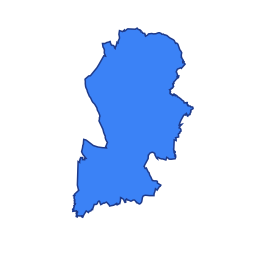 Córdoba, Veracruz, Mexico (Equal Earth projection), rotated 18°
{"feature_id": "50627088B91123516565353", "entity_name": "Córdoba", "entity_type": "district", "adm_level": 2, "iso_a3": "MEX", "parent_name": "Mexico", "parent_adm1": "Veracruz", "projection": "equal_earth", "projection_center": [-96.934, 18.924], "detail": "fine", "context": "isolated", "style": "filled", "palette": "blue", "viewbox_px": 256, "rotation_deg": 18, "n_neighbors": 0, "source": "geoboundaries", "source_scale": "gbopen_adm2", "svg_char_len": 5786}
<svg xmlns="http://www.w3.org/2000/svg" viewBox="0 0 256 256"><g transform="rotate(18 128 128)"><path d="M183.9,89.5L183.6,88.8L183.0,88.1L181.1,88.5L180.7,88.0L180.3,87.9L179.0,88.3L178.1,87.6L177.7,88.1L176.7,86.6L176.6,86.0L176.3,86.1L176.3,85.9L176.0,86.1L175.9,85.7L173.7,86.8L172.8,85.4L171.1,84.8L170.4,84.7L169.5,84.1L166.9,83.2L165.7,82.9L165.4,83.1L164.6,82.2L164.2,82.1L163.1,81.9L162.9,82.6L162.2,81.8L161.2,81.4L160.7,82.0L161.4,82.5L160.7,83.2L160.1,82.7L159.9,83.1L158.3,82.2L157.9,82.6L157.2,82.1L156.9,80.9L157.2,80.9L157.1,80.0L155.7,78.7L156.9,78.0L156.8,77.6L156.9,76.9L157.7,76.6L157.8,76.1L158.0,76.1L158.5,74.4L157.9,74.2L157.9,73.0L157.7,72.7L157.4,72.9L156.9,72.2L157.9,71.1L157.2,70.4L157.7,69.4L158.3,68.1L158.6,67.1L159.6,65.3L158.8,64.3L158.8,64.0L160.3,64.5L160.4,64.2L160.2,62.7L159.3,63.1L157.4,60.5L157.0,60.1L156.5,59.8L156.6,58.7L156.6,58.2L156.7,57.8L156.7,57.1L157.0,56.6L159.6,54.4L160.3,54.8L162.5,49.8L162.4,49.7L162.1,50.0L162.4,49.5L162.0,49.3L161.9,49.6L161.7,49.5L161.7,49.2L161.0,48.5L160.9,48.0L159.9,48.9L159.3,47.5L159.4,47.2L159.5,47.3L159.9,47.0L159.6,46.5L157.8,45.1L157.2,44.2L156.9,44.3L156.1,41.9L155.8,39.8L154.2,38.3L153.1,37.6L149.7,33.1L149.2,32.7L148.0,32.2L147.1,32.8L144.9,30.5L143.5,30.0L139.6,29.3L136.4,28.0L134.4,28.0L134.0,28.2L132.5,27.8L131.3,28.4L130.1,27.8L128.5,27.7L127.4,28.1L125.4,29.7L123.2,30.6L121.3,30.8L118.4,32.2L117.9,33.6L116.3,35.3L115.4,34.1L115.4,33.6L114.9,33.4L114.6,32.9L112.9,33.3L111.8,32.4L110.7,32.6L110.3,32.0L110.2,31.4L109.3,31.5L109.0,30.9L107.7,31.1L106.7,30.8L105.8,30.2L104.4,31.8L97.1,33.8L96.2,34.9L95.2,36.5L94.5,37.0L94.2,36.1L93.0,38.0L89.8,38.0L90.4,41.7L91.8,44.2L92.2,45.6L91.8,48.4L92.2,50.2L91.0,49.9L91.2,50.7L91.2,51.8L91.3,52.2L91.2,52.6L91.3,53.2L91.4,53.6L91.1,53.9L91.0,55.3L91.2,56.3L90.4,55.9L90.0,54.9L89.6,54.5L88.6,54.1L87.7,54.1L87.3,54.4L86.4,54.1L84.7,52.1L84.6,51.6L84.2,51.2L83.3,52.1L81.2,53.4L80.3,54.5L79.3,55.1L79.2,55.0L77.6,55.5L79.2,58.7L80.4,59.7L81.5,61.2L82.2,63.9L84.4,66.6L82.7,66.7L80.7,76.7L79.8,80.4L76.1,89.9L74.6,90.6L72.1,94.7L72.2,95.3L72.9,96.6L73.7,99.1L74.9,101.7L75.6,102.7L77.2,104.4L78.2,106.0L81.4,109.7L83.2,111.0L85.4,113.4L86.5,114.3L88.9,115.6L92.2,118.5L93.3,120.4L95.3,122.3L97.3,124.8L97.7,125.8L97.6,127.1L98.1,128.4L98.2,130.2L104.5,136.9L106.3,139.8L108.0,141.9L108.7,142.5L109.1,143.3L109.3,144.2L110.3,145.7L111.8,147.2L112.9,148.0L112.7,150.0L112.8,150.2L112.5,152.7L113.3,153.1L113.7,153.6L109.7,154.6L105.3,155.4L100.4,155.4L92.2,152.5L91.5,152.4L89.4,152.5L90.4,156.8L90.6,156.9L90.4,158.4L90.9,161.2L91.2,164.9L93.2,167.0L97.4,169.8L96.2,170.2L96.6,171.3L96.3,171.4L96.4,171.6L94.7,172.1L94.7,171.6L94.5,171.4L94.1,170.3L93.8,170.4L93.7,170.2L92.2,170.7L92.5,171.2L92.0,171.7L92.3,172.1L92.2,172.6L92.3,172.8L91.9,173.5L92.3,174.0L92.2,174.7L92.6,175.7L90.9,175.3L97.5,198.0L99.8,201.8L100.4,202.4L97.7,207.4L97.9,207.8L97.6,208.3L97.9,208.2L98.3,208.6L97.8,209.2L98.0,209.2L98.2,210.9L98.6,211.2L98.6,211.8L99.6,212.8L99.3,213.6L99.6,214.1L100.0,214.1L100.2,216.0L100.8,215.9L101.0,216.0L100.6,216.3L100.8,217.0L101.3,216.8L101.4,217.0L100.9,217.2L100.9,218.2L100.5,218.6L100.6,218.9L101.1,219.2L101.2,219.7L101.0,220.3L101.3,221.5L100.8,221.7L101.1,222.2L101.4,222.5L100.7,222.8L101.2,223.6L101.3,224.3L104.4,222.8L104.6,223.5L105.5,223.2L105.2,224.3L105.2,224.7L105.7,224.3L105.9,223.6L106.1,223.8L105.7,225.5L106.0,225.6L106.2,225.9L105.8,226.4L106.1,228.2L107.2,228.3L107.2,227.0L109.6,226.5L111.2,225.8L111.3,226.7L112.5,226.9L112.9,223.9L113.4,221.8L113.6,221.6L113.6,220.7L113.9,219.8L116.5,220.6L116.8,219.2L118.3,218.3L118.6,216.6L119.5,216.6L119.4,215.2L119.5,211.1L121.2,210.6L122.1,209.6L122.2,207.9L122.8,206.6L123.4,206.4L123.9,206.8L124.6,208.0L125.8,209.3L128.0,206.9L128.7,206.8L130.4,205.1L133.7,206.9L134.6,207.9L136.1,207.1L136.4,207.3L136.2,207.0L138.3,205.8L140.6,203.1L141.3,203.8L141.4,203.7L141.0,204.4L141.5,204.4L142.1,203.8L143.0,202.6L143.5,202.5L143.3,199.5L142.4,196.4L143.2,196.4L143.9,196.9L144.5,196.8L145.8,197.3L147.7,199.4L148.2,199.7L148.8,199.2L148.3,198.3L148.4,197.8L148.0,197.4L148.0,196.8L148.7,195.9L149.7,196.6L150.3,196.6L150.6,196.4L153.3,196.7L153.8,196.4L155.1,195.0L156.1,194.6L156.6,194.6L157.1,194.8L159.1,196.2L159.2,195.9L159.7,196.2L161.7,196.7L162.4,196.7L162.8,196.4L163.3,195.6L163.8,194.2L163.7,192.9L163.2,189.6L163.4,188.2L164.1,187.3L165.5,186.5L169.3,185.7L173.6,184.3L173.1,182.4L173.2,180.1L172.9,177.3L174.9,178.1L175.9,174.3L176.6,173.5L176.9,172.2L173.0,171.3L172.4,169.7L171.8,169.6L171.0,169.6L169.2,170.2L167.9,170.2L167.5,170.4L167.2,170.2L164.9,167.6L163.3,166.2L161.8,164.0L160.7,163.5L157.8,160.4L157.2,161.1L156.8,161.2L156.0,160.2L155.1,159.5L155.3,158.8L155.3,158.1L156.6,150.9L155.7,147.5L156.0,147.3L156.3,146.0L156.7,145.0L158.1,143.8L159.1,143.4L161.3,143.9L162.0,145.3L164.4,147.7L165.6,148.2L165.3,147.7L165.5,146.6L167.7,147.1L169.7,147.0L170.5,146.7L173.9,146.7L173.9,143.9L175.2,144.2L176.8,144.9L178.6,144.4L182.3,142.7L182.4,140.7L181.2,140.2L181.8,139.5L181.7,139.1L181.4,138.9L181.0,139.1L179.5,137.0L180.3,137.0L180.4,136.8L180.3,136.1L179.8,135.8L179.3,136.4L179.1,135.7L178.7,135.1L178.4,135.0L178.4,134.7L177.8,134.0L178.0,133.7L175.6,125.0L177.7,125.1L177.0,123.3L176.3,122.5L178.9,120.9L178.5,119.7L177.9,118.8L177.8,117.9L178.7,117.2L178.8,116.5L178.4,116.1L179.4,114.6L178.6,112.8L177.4,112.1L176.6,112.1L176.6,111.1L176.9,110.6L177.2,109.2L177.8,108.6L178.1,107.8L175.8,109.4L175.7,107.2L176.0,104.1L177.0,98.7L177.8,98.0L178.3,98.0L178.1,97.4L178.9,97.1L179.1,96.9L178.8,96.6L179.0,96.1L179.7,96.8L179.5,97.4L180.0,97.6L180.6,97.6L180.8,98.2L181.2,98.3L181.3,97.3L182.8,96.0L182.5,95.1L182.8,94.0L182.8,93.1L182.5,92.1L182.3,92.3L182.1,91.7L183.9,89.5Z" fill="#3b82f6" stroke="#1e3a8a" stroke-width="1.5"/></g></svg>